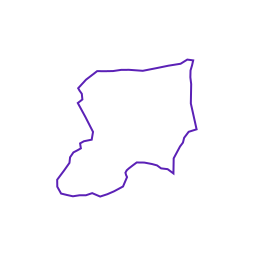 map outline of Monte Plata (Robinson projection), rotated 320°
{"feature_id": "DOM-1981", "entity_name": "Monte Plata", "entity_type": "Province", "adm_level": 1, "iso_a3": "DOM", "parent_name": "Dominican Republic", "parent_adm1": "", "projection": "robinson", "projection_center": [-69.861, 18.831], "detail": "fine", "context": "isolated", "style": "outline", "palette": "violet", "viewbox_px": 256, "rotation_deg": 320, "n_neighbors": 0, "source": "natural_earth", "source_scale": "10m", "svg_char_len": 906}
<svg xmlns="http://www.w3.org/2000/svg" viewBox="0 0 256 256"><g transform="rotate(320 128 128)"><path d="M34.6,135.2L36.1,127.5L40.5,122.1L51.6,119.5L60.7,117.1L64.8,113.2L70.5,111.6L75.0,112.6L78.8,113.3L81.4,109.0L85.7,109.8L92.7,113.6L98.7,108.5L102.4,92.4L105.6,76.6L111.4,76.8L114.6,72.1L114.9,68.3L115.4,65.5L126.9,64.0L140.9,64.6L147.0,69.8L153.2,74.8L160.0,79.0L166.2,84.1L176.1,93.7L188.4,100.5L199.1,106.3L209.6,112.6L217.4,113.7L221.4,118.1L217.3,121.2L212.9,124.1L208.4,129.2L204.6,135.0L191.9,149.6L179.7,173.1L172.0,169.9L164.7,171.6L160.7,174.5L156.0,175.6L143.5,180.6L133.6,192.0L131.9,185.0L127.4,180.2L126.2,175.3L123.2,171.0L118.3,165.0L112.5,160.0L107.5,159.7L102.6,159.5L99.8,159.6L97.3,160.6L96.3,162.8L95.7,165.0L86.6,169.6L76.5,167.5L69.5,165.4L62.6,162.6L58.7,154.9L52.6,152.5L47.5,148.3L41.9,144.9L38.2,140.1L34.6,135.2Z" fill="none" stroke="#5b21b6" stroke-width="2"/></g></svg>